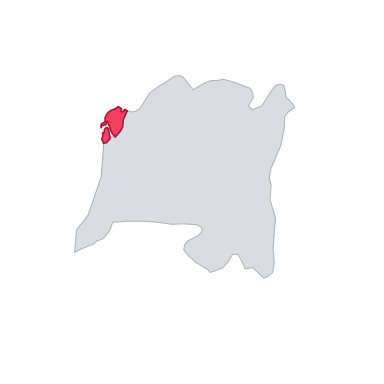 Montenegro, with Herceg Novi highlighted, rotated 61°
{"feature_id": "MNE-1506", "entity_name": "Herceg Novi", "entity_type": "Municipality", "adm_level": 1, "iso_a3": "MNE", "parent_name": "Montenegro", "parent_adm1": "", "projection": "orthographic", "projection_center": [18.544, 42.482], "detail": "fine", "context": "in_parent", "style": "filled", "palette": "rose", "viewbox_px": 384, "rotation_deg": 61, "n_neighbors": 0, "source": "natural_earth", "source_scale": "10m", "svg_char_len": 1921}
<svg xmlns="http://www.w3.org/2000/svg" viewBox="0 0 384 384"><g transform="rotate(61 192 192)"><path d="M168.3,61.4L168.0,63.3L168.6,69.0L171.2,74.5L180.4,80.1L193.9,91.2L209.8,111.6L217.1,117.7L223.7,119.1L236.5,127.5L245.4,129.4L255.3,131.6L281.4,149.0L293.2,154.0L301.6,160.5L302.6,166.8L302.3,170.8L287.4,175.7L285.0,182.7L277.7,182.0L268.9,182.1L266.1,186.6L270.5,193.8L273.3,202.4L271.4,214.1L270.6,215.7L268.5,215.3L256.2,222.4L247.1,225.7L238.8,227.4L234.8,224.2L232.8,219.8L232.9,206.9L231.4,202.6L228.5,200.5L222.9,203.6L216.4,213.7L210.4,225.3L201.3,237.5L193.7,249.2L185.6,263.9L180.1,276.1L186.0,282.8L189.7,292.3L188.7,299.4L189.8,303.6L188.1,316.0L187.8,323.9L169.3,311.5L161.7,293.9L134.8,264.2L104.3,244.0L102.7,240.8L104.3,236.9L105.8,233.8L99.5,233.6L95.0,236.0L90.8,235.3L86.1,227.7L81.6,221.1L81.4,215.3L83.5,214.6L86.5,212.2L92.9,205.8L94.1,202.4L93.8,197.3L84.9,181.0L83.6,170.4L82.4,150.8L84.3,146.2L87.5,143.9L103.1,141.5L102.9,126.2L103.8,121.6L106.9,115.2L108.9,109.4L117.5,101.1L129.2,91.1L134.3,90.8L138.8,92.2L143.9,100.7L149.4,99.5L150.5,89.3L143.2,75.9L139.3,67.3L140.5,62.6L143.1,60.1L149.3,61.6L155.3,63.9L159.0,62.3L164.9,61.1L168.3,61.4Z" fill="#d9dde1" stroke="#a8b0b8" stroke-width="1"/><path d="M88.4,238.0L88.5,235.6L88.0,233.8L86.0,232.7L85.0,232.1L83.6,230.3L82.3,228.2L81.5,225.8L81.4,223.0L82.1,218.0L81.5,215.4L82.7,214.3L84.0,213.7L85.4,213.8L86.7,214.7L87.9,214.5L88.3,213.6L88.1,212.1L87.3,210.6L89.6,209.2L91.5,211.7L95.5,217.1L98.5,219.0L101.7,221.3L104.2,225.4L106.8,232.3L101.5,233.4L89.1,231.7L89.1,232.9L91.3,234.5L90.3,239.1L92.3,240.5L90.0,239.7L88.4,238.0ZM107.3,242.6L106.7,245.8L105.9,245.8L104.9,245.2L102.4,245.6L101.9,245.3L101.3,244.3L99.9,243.1L98.2,242.1L97.0,241.6L97.3,241.1L97.3,240.9L97.9,240.5L95.0,238.4L94.1,236.8L94.6,235.0L96.1,234.4L105.7,237.6L106.6,240.3L107.4,242.6L107.3,242.6Z" fill="#f43f5e" stroke="#9f1239" stroke-width="1.5"/></g></svg>